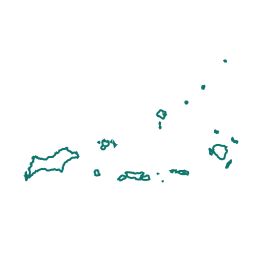 the district of Maluku Barat Daya, Maluku, Indonesia, rotated 354°
{"feature_id": "22746128B88480653802061", "entity_name": "Maluku Barat Daya", "entity_type": "district", "adm_level": 2, "iso_a3": "IDN", "parent_name": "Indonesia", "parent_adm1": "Maluku", "projection": "robinson", "projection_center": [127.795, -7.318], "detail": "fine", "context": "isolated", "style": "outline", "palette": "teal", "viewbox_px": 256, "rotation_deg": 354, "n_neighbors": 0, "source": "geoboundaries", "source_scale": "gbopen_adm2", "svg_char_len": 5976}
<svg xmlns="http://www.w3.org/2000/svg" viewBox="0 0 256 256"><g transform="rotate(354 128 128)"><path d="M65.1,141.3L64.3,141.4L63.5,142.2L60.7,142.1L58.9,143.1L57.4,143.1L56.8,144.5L55.9,145.4L54.9,145.6L54.3,145.0L53.9,145.7L53.0,145.7L53.0,146.3L52.4,147.4L51.1,148.0L50.2,149.0L45.9,148.6L43.4,150.8L42.0,150.4L41.5,150.6L38.7,149.4L38.3,149.7L37.6,149.6L36.9,148.9L36.0,149.1L35.5,148.8L35.0,147.8L34.6,148.1L34.2,148.1L33.6,146.8L33.0,146.6L32.3,147.2L31.8,147.1L31.1,148.1L31.1,148.8L30.0,151.1L30.3,151.5L30.2,151.7L29.4,152.0L29.1,152.5L27.6,153.0L27.4,153.8L28.3,154.7L28.0,155.7L25.9,157.3L25.9,157.9L25.3,157.7L24.9,158.3L25.2,158.8L25.0,158.6L25.9,161.3L25.5,163.7L24.2,165.4L24.0,166.4L24.5,166.9L24.9,166.8L24.9,166.2L25.3,165.7L26.2,165.6L27.3,164.8L27.9,164.7L28.2,164.0L28.8,163.3L29.9,162.8L30.7,162.8L31.9,161.1L32.2,161.4L33.5,161.5L33.9,160.9L34.9,160.5L37.9,159.7L39.6,160.1L40.8,159.9L41.9,160.5L43.1,161.8L45.4,162.0L46.5,161.6L48.3,161.4L48.8,161.7L50.6,161.2L52.4,162.3L53.4,162.4L54.2,162.0L55.0,162.1L57.1,164.5L57.7,164.4L59.1,161.4L58.8,160.8L59.6,159.5L59.9,158.1L60.7,157.7L61.3,156.1L61.9,155.7L63.5,155.2L64.0,154.4L64.5,154.3L64.9,153.9L66.2,153.4L66.7,153.6L68.5,152.1L69.7,151.7L71.8,151.9L73.8,151.6L74.6,152.3L75.7,151.1L75.2,149.3L74.7,148.5L74.0,148.1L74.4,147.1L74.2,146.8L72.9,147.1L72.6,146.9L71.6,146.8L69.8,147.4L69.3,146.1L68.5,145.9L68.1,145.0L67.2,144.9L66.8,144.4L65.6,143.8L65.3,142.8L65.6,141.7L65.1,141.3ZM214.9,154.1L212.1,154.9L210.9,156.1L210.5,157.5L210.8,158.6L210.2,160.3L211.2,161.1L211.3,162.0L211.7,162.2L212.7,163.8L213.6,164.3L214.6,166.5L215.9,167.6L216.4,168.3L218.6,169.0L220.5,168.4L222.2,163.8L222.8,163.0L223.4,162.7L224.0,161.4L224.1,160.5L223.2,159.9L222.9,158.8L222.9,158.0L223.7,157.3L223.1,157.1L221.8,155.8L219.5,155.6L217.5,154.6L214.9,154.1ZM122.2,171.8L121.1,172.0L120.8,172.3L120.9,172.7L121.9,173.5L122.0,175.2L122.4,176.3L123.6,177.1L125.8,178.0L126.9,178.2L128.0,177.9L129.9,178.3L130.5,179.1L130.6,179.7L131.7,179.9L132.7,180.3L134.8,180.4L135.1,178.7L136.0,178.0L136.2,176.7L138.0,175.8L138.7,175.1L138.7,174.5L137.4,173.7L136.4,173.6L135.6,174.0L134.2,174.2L132.4,173.8L130.0,174.1L129.3,173.8L128.9,173.1L127.8,173.2L126.4,172.5L125.3,172.6L124.8,172.2L122.2,171.8ZM162.6,113.7L161.7,113.9L160.6,115.2L159.1,116.2L158.5,117.1L158.3,118.2L159.2,119.3L160.0,119.2L160.3,119.8L161.0,120.0L163.2,122.1L164.3,122.4L164.7,122.0L165.0,121.1L166.4,119.4L165.6,119.5L164.7,118.4L164.7,118.0L165.4,118.3L166.2,117.9L166.9,117.3L166.9,116.2L165.8,115.5L164.6,115.6L164.2,114.7L162.6,113.7ZM102.6,138.1L102.2,137.7L101.4,138.2L100.9,139.7L101.1,142.0L101.6,143.0L100.2,143.4L99.4,144.4L99.3,145.3L100.1,146.4L101.5,146.7L102.4,146.4L103.3,145.1L103.5,143.7L105.0,143.8L106.5,143.1L107.1,142.2L107.4,140.8L107.1,140.3L107.3,139.3L106.7,138.9L106.0,139.6L105.1,139.4L104.5,138.7L103.6,138.7L103.4,137.9L102.9,138.5L103.2,138.6L103.0,138.8L102.2,138.7L102.3,138.2L102.6,138.1ZM143.2,177.5L141.8,177.2L140.1,178.0L138.9,178.0L137.0,177.5L137.2,178.2L136.4,180.3L137.0,180.8L139.9,181.5L142.5,181.5L143.9,181.2L143.5,178.0L143.2,177.5ZM175.3,176.2L173.5,176.7L173.0,177.2L175.2,178.8L177.0,179.5L178.6,179.7L178.3,178.6L179.3,178.5L180.6,179.7L182.4,180.5L182.7,179.8L183.1,179.5L183.2,178.7L183.0,178.0L181.4,177.5L179.9,176.3L178.0,176.5L175.3,176.2ZM117.6,174.6L116.3,174.9L115.9,175.5L115.2,175.7L114.3,176.9L113.1,177.5L112.9,178.0L114.3,178.4L114.6,179.2L115.8,179.3L118.6,177.8L119.2,178.1L120.3,177.5L120.5,176.8L120.1,175.8L117.6,174.6ZM93.3,166.8L91.3,166.8L90.1,168.1L90.7,170.5L90.5,171.4L91.9,172.0L94.7,171.8L94.9,171.1L94.3,170.7L93.9,169.7L94.0,167.9L93.6,167.7L93.3,166.8ZM226.5,173.3L227.0,171.1L226.7,171.1L225.6,172.4L224.6,172.7L223.3,173.8L222.2,176.4L221.5,177.2L221.5,177.7L222.4,177.8L223.5,176.7L224.9,174.2L226.5,173.3ZM207.0,157.2L206.7,157.6L207.0,158.2L207.3,158.2L207.4,158.7L207.0,159.4L207.2,160.1L206.9,161.9L207.4,162.8L208.3,163.2L209.6,160.9L209.4,160.1L208.7,159.8L208.7,158.9L208.5,158.4L207.8,158.2L207.5,157.4L207.0,157.2ZM21.4,164.2L21.1,164.2L21.0,164.8L20.7,164.9L21.0,165.2L21.2,168.6L21.4,169.3L21.5,169.3L22.8,166.8L22.7,165.8L21.9,165.2L21.4,164.2ZM208.1,94.0L207.1,94.4L206.7,94.1L206.3,94.5L205.9,95.6L206.1,96.5L206.4,96.6L206.2,96.0L206.5,95.8L206.4,96.3L207.1,96.8L207.7,96.2L208.4,94.6L208.1,94.0ZM214.8,139.6L214.3,139.7L214.1,141.2L215.2,141.7L215.6,142.2L216.1,141.9L216.8,142.1L217.2,141.0L216.8,140.8L216.0,141.2L215.6,141.0L214.8,139.6ZM189.5,107.9L188.0,107.8L187.7,108.7L188.2,109.7L188.8,109.9L189.6,109.3L189.9,108.5L189.5,107.9ZM234.1,152.2L233.2,152.5L232.6,152.2L232.1,152.9L232.5,153.2L233.5,153.0L234.7,154.2L235.0,154.0L235.3,152.8L234.1,152.2ZM230.8,149.0L230.2,149.6L230.3,150.7L230.8,151.0L230.7,151.6L231.9,151.8L231.2,149.6L230.8,149.0ZM113.1,143.3L112.3,140.8L112.0,141.5L112.6,142.9L112.8,144.9L113.8,144.0L113.6,144.0L113.8,143.6L113.7,143.2L113.4,143.4L113.1,143.3ZM169.8,175.0L169.7,175.2L170.9,175.7L171.2,176.5L171.0,177.1L171.7,177.1L171.8,176.4L171.3,176.1L171.2,175.1L170.4,175.3L169.8,175.0ZM166.9,175.2L166.0,175.2L166.6,176.0L166.5,176.3L167.5,176.7L167.8,176.4L167.9,176.0L167.1,175.7L166.9,175.2ZM231.3,70.9L230.8,71.2L231.4,72.1L232.4,72.1L232.5,71.7L231.9,71.0L231.3,70.9ZM159.8,130.0L159.5,130.8L159.9,131.6L160.3,131.4L160.5,130.4L160.3,130.1L159.9,130.5L159.8,130.0ZM160.1,127.8L160.5,126.1L160.2,125.9L159.7,127.0L160.1,127.8ZM97.9,138.7L97.3,138.8L96.9,139.2L97.9,139.8L98.1,139.0L97.9,138.7ZM30.7,147.0L29.9,147.5L29.9,148.0L30.9,147.7L30.7,147.0ZM21.7,163.0L21.9,162.7L21.9,161.6L21.6,161.8L21.4,162.7L21.7,163.0ZM110.1,139.6L109.7,140.0L109.7,140.4L110.0,140.5L110.1,139.6ZM157.5,185.1L157.1,184.5L156.9,183.8L156.8,184.7L157.5,185.1ZM22.0,164.2L21.9,164.8L22.3,165.2L22.0,164.9L22.3,164.8L22.0,164.6L22.3,164.3L22.0,164.2ZM152.9,176.6L152.6,176.4L152.0,176.7L152.6,176.7L152.9,176.6ZM168.1,174.7L168.2,174.9L168.8,174.8L168.5,174.7L168.1,174.7Z" fill="none" stroke="#0f766e" stroke-width="2"/></g></svg>